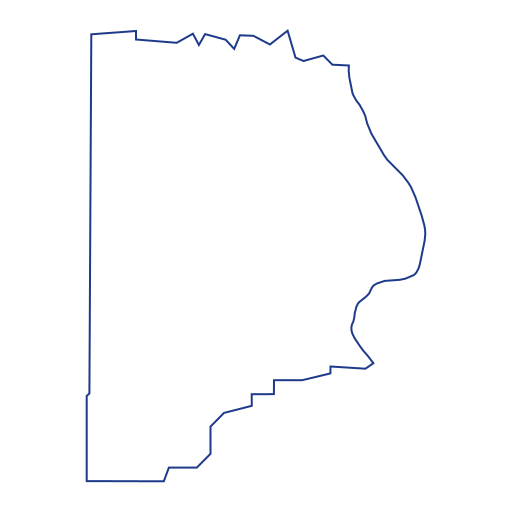 the district of Cape Girardeau, Missouri, United States of America
{"feature_id": "52423323B27788547677425", "entity_name": "Cape Girardeau", "entity_type": "district", "adm_level": 2, "iso_a3": "USA", "parent_name": "United States of America", "parent_adm1": "Missouri", "projection": "natural_earth1", "projection_center": [-89.566, 37.365], "detail": "fine", "context": "isolated", "style": "outline", "palette": "blue", "viewbox_px": 512, "rotation_deg": 0, "n_neighbors": 0, "source": "geoboundaries", "source_scale": "gbopen_adm2", "svg_char_len": 1155}
<svg xmlns="http://www.w3.org/2000/svg" viewBox="0 0 512 512"><path d="M86.7,481.1L163.8,481.3L168.9,467.6L196.8,467.6L210.5,453.8L210.5,426.6L224.0,412.9L251.8,405.8L251.7,394.2L264.4,394.2L273.9,394.1L274.0,380.2L302.1,380.2L330.4,373.4L330.5,366.5L365.4,368.7L374.0,362.8L373.1,362.9L368.1,356.2L363.7,351.2L360.3,346.7L354.8,338.5L352.5,334.0L351.5,330.6L351.4,327.0L352.0,324.5L353.4,321.3L354.3,317.6L354.7,313.4L356.4,306.7L358.0,303.5L359.2,302.1L366.1,296.6L369.1,293.5L372.1,287.3L373.5,285.7L373.7,285.4L376.1,284.0L377.4,283.3L384.7,280.9L399.8,279.8L405.2,278.7L414.0,275.0L416.4,272.5L418.8,267.9L419.9,263.9L424.6,240.9L425.3,234.1L425.1,230.0L424.3,225.2L421.6,215.4L415.4,197.1L411.1,187.3L408.3,182.7L402.6,175.2L387.2,159.7L383.9,155.0L371.4,133.7L367.1,123.3L365.2,115.8L363.1,111.1L359.7,105.0L355.9,99.9L352.9,94.4L352.4,92.8L349.3,77.2L348.7,70.7L348.9,65.5L332.4,64.7L323.3,55.5L303.5,61.0L295.5,57.6L287.6,30.7L269.9,44.5L253.4,35.8L239.9,35.3L234.2,48.9L225.6,39.7L205.1,34.1L198.9,45.0L192.9,33.7L176.7,42.8L136.0,39.5L136.0,31.0L91.3,34.3L89.4,393.4L86.7,396.0L86.7,481.1Z" fill="none" stroke="#1e3a8a" stroke-width="2"/></svg>